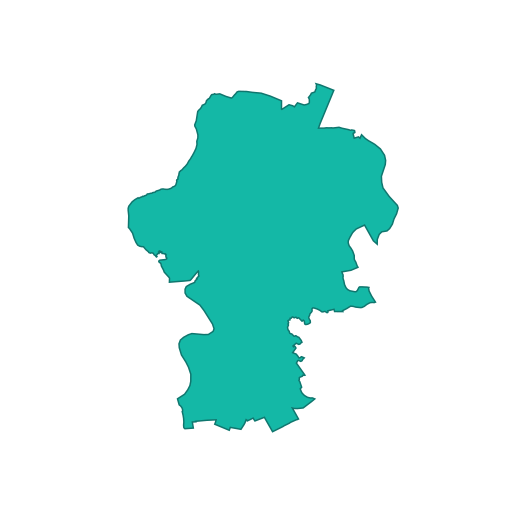 Ardusat, Maramures, Romania (Natural Earth projection), rotated 47°
{"feature_id": "2599482B14412125408944", "entity_name": "Ardusat", "entity_type": "district", "adm_level": 2, "iso_a3": "ROU", "parent_name": "Romania", "parent_adm1": "Maramures", "projection": "natural_earth1", "projection_center": [23.375, 47.634], "detail": "fine", "context": "isolated", "style": "filled", "palette": "teal", "viewbox_px": 512, "rotation_deg": 47, "n_neighbors": 0, "source": "geoboundaries", "source_scale": "gbopen_adm2", "svg_char_len": 6136}
<svg xmlns="http://www.w3.org/2000/svg" viewBox="0 0 512 512"><g transform="rotate(47 256 256)"><path d="M404.2,336.1L392.0,333.1L393.5,332.1L395.7,329.9L399.3,325.1L400.4,313.9L400.6,310.5L398.3,311.5L396.9,313.1L394.5,314.7L391.1,315.7L388.0,315.8L386.8,315.6L384.3,314.7L383.2,314.1L383.1,313.5L383.3,312.7L383.1,312.1L377.8,309.7L376.2,309.4L375.9,308.6L374.6,307.4L374.5,307.1L374.7,306.2L375.5,304.3L375.1,303.2L375.9,302.5L376.5,301.5L361.9,299.5L361.0,296.9L361.1,296.5L361.5,296.0L362.4,295.6L363.4,295.3L363.7,294.9L364.0,293.6L363.4,292.3L363.5,291.2L363.4,290.2L360.8,291.3L360.6,291.5L360.4,293.5L359.7,294.1L357.7,293.7L355.2,293.5L351.7,295.1L350.6,289.6L349.8,289.3L348.4,289.2L348.1,289.5L348.0,290.5L347.0,290.3L347.2,286.1L349.8,285.0L350.4,283.8L350.2,282.4L350.5,281.3L350.2,281.1L348.5,280.5L344.7,280.1L343.4,280.8L341.5,281.2L341.1,281.9L341.1,282.4L340.5,282.9L337.4,283.0L336.3,283.8L335.3,283.9L333.5,283.0L331.9,282.9L331.2,282.6L329.5,281.4L328.8,279.6L328.4,279.2L327.5,279.0L327.2,277.9L327.0,277.6L325.2,276.9L325.1,276.4L325.2,275.9L325.9,274.7L324.8,273.6L325.5,272.6L325.3,271.5L325.3,271.0L326.2,270.5L327.2,270.3L328.0,268.5L329.6,268.4L329.9,268.1L330.0,267.2L330.6,266.9L335.0,266.8L335.2,266.4L335.0,265.5L335.1,265.2L335.5,265.1L336.0,265.0L337.0,265.4L338.9,266.7L339.9,266.5L340.2,266.2L341.2,264.6L341.8,262.5L341.7,261.6L340.4,260.5L337.5,259.8L336.5,258.9L336.0,257.3L335.1,256.0L334.8,253.3L334.6,252.7L334.3,252.3L332.8,251.1L332.7,250.6L332.8,249.7L334.1,248.7L336.5,247.4L339.4,246.3L341.6,246.0L342.5,245.2L343.2,243.8L343.7,243.3L345.9,242.7L346.2,242.0L345.9,241.4L345.1,240.8L348.2,235.3L350.2,236.4L355.9,230.4L355.0,230.1L356.3,225.6L357.2,221.0L359.1,219.3L361.4,217.9L363.4,216.2L365.1,214.7L365.9,213.6L366.7,211.1L367.0,207.9L367.9,204.5L369.2,202.7L370.7,201.3L371.2,200.1L364.2,198.8L358.8,197.2L356.3,195.6L356.0,194.9L354.6,195.9L350.7,199.7L349.2,201.4L349.2,202.2L350.3,205.3L350.4,206.9L349.8,207.9L345.4,211.1L342.9,211.9L340.5,211.8L337.4,210.8L333.8,208.6L332.2,207.9L330.5,206.6L330.4,206.2L329.0,205.1L327.8,204.8L326.2,204.0L331.2,196.3L333.8,189.1L332.0,188.7L328.6,187.2L326.0,186.6L325.0,186.0L322.6,183.8L318.2,181.9L314.8,181.2L312.0,180.9L309.3,179.6L307.8,178.1L306.4,174.6L304.9,169.8L304.7,168.1L304.6,164.2L307.4,155.5L324.9,159.8L330.0,159.3L326.6,156.0L324.2,151.1L324.1,147.5L327.0,143.1L327.1,139.6L325.7,134.5L323.0,129.8L321.0,124.4L317.9,119.3L315.4,118.1L303.3,118.0L292.8,116.7L287.8,113.8L283.2,109.9L277.3,99.1L274.5,96.0L270.0,93.3L262.6,92.0L255.3,93.0L248.0,95.2L244.6,95.9L239.3,96.1L240.8,99.6L238.8,99.8L236.8,103.8L232.9,101.7L232.5,100.9L233.1,100.0L233.1,99.5L232.8,99.1L231.9,98.9L231.5,98.4L231.2,98.5L229.0,100.1L228.8,100.8L228.4,101.2L226.6,102.2L221.3,105.9L218.5,107.5L214.9,112.4L213.9,113.2L211.7,115.7L210.4,116.9L208.9,119.0L205.1,123.1L202.9,118.9L187.9,86.1L174.6,92.4L171.0,94.6L172.2,95.0L173.2,96.4L174.6,97.5L175.2,99.3L176.1,100.9L176.0,101.5L174.7,104.4L175.4,106.4L175.9,109.6L177.3,109.9L178.3,110.6L180.2,112.4L180.5,113.4L179.8,115.4L178.4,117.8L172.3,121.2L173.1,126.2L171.1,126.7L167.9,128.7L166.4,137.1L166.0,137.2L159.9,131.5L148.8,136.5L140.4,141.2L133.8,147.1L129.3,150.7L123.8,156.3L123.1,157.9L123.5,160.4L123.5,161.6L123.9,164.5L123.9,165.5L123.7,166.3L118.9,169.1L112.7,171.9L110.4,175.1L109.1,175.6L108.9,176.6L107.8,178.3L107.9,179.3L108.9,182.6L108.5,183.9L108.7,184.4L108.5,185.1L108.7,185.8L108.7,186.5L109.7,187.9L110.0,189.3L110.0,190.0L109.1,192.5L109.8,194.1L110.3,196.1L110.3,198.6L110.6,200.1L116.7,207.9L116.8,208.4L118.3,211.4L119.4,212.2L122.4,213.0L127.8,215.9L130.0,218.0L131.7,221.0L134.2,223.1L136.4,226.5L138.0,230.5L139.4,234.7L139.4,235.1L140.3,237.8L140.7,240.3L141.8,243.5L142.2,246.4L142.2,248.6L142.5,251.4L142.2,253.2L142.4,253.5L142.3,254.9L143.2,255.8L143.4,256.5L144.0,256.9L145.1,259.2L145.8,260.1L146.5,260.5L146.3,262.1L146.7,262.6L147.3,262.8L149.2,265.9L149.5,266.9L149.4,268.2L148.7,269.8L148.7,271.5L147.6,274.2L146.8,275.4L145.1,277.1L143.6,278.2L142.4,279.8L142.0,281.6L140.5,284.6L140.4,285.3L140.5,286.2L139.2,288.3L139.0,289.5L138.4,290.1L137.3,292.2L136.5,293.2L136.8,294.6L136.0,296.4L135.8,297.6L135.2,297.9L135.0,298.3L134.9,299.3L134.2,300.6L134.1,301.8L133.6,302.5L133.0,302.5L132.2,306.1L131.9,309.6L132.8,315.0L133.9,316.9L135.5,318.4L139.9,321.7L148.2,329.9L149.6,329.8L155.1,330.7L160.1,333.1L164.2,334.5L167.3,335.1L169.5,334.4L171.1,333.3L172.5,332.0L176.3,332.2L179.4,331.8L180.4,332.0L181.9,331.3L182.5,330.1L183.7,329.4L184.1,329.3L185.7,329.7L186.6,329.4L188.8,329.5L188.9,328.9L187.6,329.0L187.7,328.1L187.4,327.5L187.4,326.8L187.2,326.6L187.3,326.0L187.9,325.4L186.7,324.5L187.3,324.1L186.4,323.2L186.8,322.9L188.0,324.0L188.2,323.2L188.7,322.7L188.4,322.4L188.8,322.1L190.0,323.0L192.6,320.8L192.9,320.8L193.0,321.2L194.0,321.0L194.1,321.5L194.5,321.9L195.5,322.6L196.7,322.6L197.2,323.5L196.5,325.1L193.5,329.1L193.3,330.1L193.7,330.8L194.8,331.1L196.1,330.6L197.4,331.1L198.7,332.0L203.4,333.3L205.2,334.1L212.7,334.2L213.4,334.5L216.1,337.2L225.7,325.1L228.8,321.0L228.9,320.6L228.9,319.6L227.8,311.3L227.6,308.7L227.7,308.4L228.5,308.9L230.6,311.0L231.7,311.4L231.7,312.9L232.1,314.2L231.8,314.6L232.0,314.9L232.6,314.9L232.6,317.3L233.5,318.9L231.8,323.3L230.8,327.8L231.9,330.5L234.7,333.1L238.4,334.0L253.7,330.5L260.4,331.2L276.1,334.2L280.6,336.3L281.9,338.8L280.9,344.4L277.9,347.8L269.0,355.8L267.4,359.3L266.1,364.4L265.9,368.6L267.7,372.2L270.8,374.7L277.5,378.0L285.8,379.6L291.3,381.2L298.0,384.3L303.2,389.2L305.7,392.7L307.3,397.1L308.4,402.5L306.9,410.8L312.5,413.7L314.0,413.4L315.3,413.5L316.6,413.7L318.0,414.3L319.1,415.2L319.6,415.8L319.5,416.1L322.7,417.9L325.4,419.7L328.2,422.0L330.3,424.3L332.1,425.7L333.0,425.9L333.8,425.8L339.1,419.2L334.0,415.8L336.2,413.1L335.7,412.9L342.6,404.0L348.6,396.9L349.8,398.7L350.9,400.9L365.2,394.4L363.8,391.7L372.5,385.2L371.2,380.0L370.5,377.9L368.9,374.8L370.0,374.5L370.7,374.8L372.6,368.7L375.9,369.3L379.7,359.9L395.8,363.7L399.1,352.6L399.3,351.3L401.1,345.4L401.1,344.5L403.2,338.4L403.9,337.1L404.2,336.1Z" fill="#14b8a6" stroke="#0f766e" stroke-width="1.5"/></g></svg>